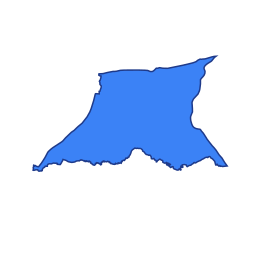 outline of Na Tan, Ubon Ratchathani, Thailand, rotated 347°
{"feature_id": "78962969B76550243021032", "entity_name": "Na Tan", "entity_type": "district", "adm_level": 2, "iso_a3": "THA", "parent_name": "Thailand", "parent_adm1": "Ubon Ratchathani", "projection": "orthographic", "projection_center": [105.251, 15.929], "detail": "fine", "context": "isolated", "style": "filled", "palette": "blue", "viewbox_px": 256, "rotation_deg": 347, "n_neighbors": 0, "source": "geoboundaries", "source_scale": "gbopen_adm2", "svg_char_len": 5850}
<svg xmlns="http://www.w3.org/2000/svg" viewBox="0 0 256 256"><g transform="rotate(347 128 128)"><path d="M122.1,156.6L122.5,156.4L122.8,155.6L123.7,154.9L124.2,154.4L125.1,153.1L126.2,151.2L127.3,150.3L130.2,149.1L131.5,149.8L132.6,149.8L133.6,150.3L135.4,150.7L135.9,151.0L137.0,152.3L137.1,152.6L137.1,153.8L138.0,154.6L138.6,155.6L139.0,156.7L139.8,157.9L141.3,158.6L142.1,159.3L143.1,159.3L143.4,159.5L144.1,161.1L143.9,163.1L144.3,163.4L144.8,163.6L146.0,163.5L146.3,163.5L146.8,165.2L147.6,165.5L147.9,165.9L148.0,167.4L148.5,167.4L149.5,166.4L150.8,166.0L151.4,165.6L151.9,165.5L152.3,165.7L153.2,166.8L154.4,167.5L154.5,168.2L154.2,169.0L154.5,169.5L156.0,170.6L156.7,170.6L157.5,170.2L157.9,170.3L158.1,170.5L158.3,170.8L158.2,171.1L157.4,172.0L157.4,172.4L157.6,172.8L157.9,173.0L158.2,172.9L159.0,171.9L159.6,171.5L159.9,171.7L160.1,172.2L160.9,172.8L161.1,173.0L160.9,173.2L160.6,173.4L159.4,173.4L159.1,173.5L159.0,174.0L159.8,174.4L160.1,175.4L160.7,176.1L162.1,175.7L162.8,175.7L163.1,175.8L163.3,176.2L163.1,176.9L163.2,177.4L163.5,178.0L163.8,178.3L165.1,179.1L166.0,179.8L167.3,180.3L167.9,180.0L168.3,179.5L168.8,179.4L169.2,179.7L169.5,180.7L169.8,180.8L170.0,180.8L170.2,180.6L170.3,180.2L170.0,179.4L169.9,179.0L170.6,178.3L170.9,177.1L171.3,177.0L171.6,177.3L171.7,177.7L171.5,178.4L171.6,178.5L172.4,178.6L172.7,178.4L172.5,176.4L172.6,176.1L174.7,176.3L176.3,177.0L176.5,177.3L176.5,178.1L176.9,178.9L177.1,179.0L179.0,178.3L180.9,178.4L181.8,177.8L183.3,177.4L184.5,176.5L184.8,176.5L185.3,177.1L186.1,177.2L188.0,176.5L190.1,176.1L191.3,176.0L192.8,175.3L194.8,174.9L195.7,174.5L196.8,174.2L198.4,174.2L198.9,174.7L199.2,174.7L200.1,174.1L200.8,174.1L201.3,174.3L201.6,174.6L202.1,176.0L202.5,176.4L203.0,176.6L203.5,177.3L204.9,179.8L205.0,180.2L205.1,183.2L205.3,183.9L205.7,183.9L206.4,183.4L206.7,183.4L206.9,183.5L206.9,184.3L207.3,184.6L208.0,185.6L208.9,185.2L209.1,185.3L209.1,185.9L209.3,186.1L210.4,186.2L211.5,186.8L216.1,187.3L214.4,183.3L212.8,178.4L210.7,174.6L208.7,169.2L207.3,166.4L206.0,164.2L203.7,159.3L202.4,156.4L202.2,155.6L200.2,150.0L198.8,147.4L198.4,146.2L198.1,145.7L197.8,145.4L195.9,144.7L193.9,143.7L192.4,142.4L191.5,140.9L191.0,138.6L190.9,136.8L190.8,135.3L190.9,134.0L191.2,132.1L191.7,130.7L193.9,127.5L194.4,126.9L195.1,123.7L195.7,120.1L196.0,118.0L196.2,117.4L196.8,116.4L197.7,115.2L198.5,114.3L203.8,110.7L205.9,107.9L206.7,106.3L208.5,101.4L209.5,97.2L210.6,96.2L212.5,94.9L213.9,93.8L215.1,92.2L215.7,90.5L215.8,89.9L215.5,87.9L215.5,86.7L216.0,85.8L217.0,84.7L218.7,83.7L220.6,82.9L223.9,81.8L224.8,81.3L228.1,78.7L229.9,77.9L228.0,77.6L225.7,77.6L219.2,78.0L217.7,77.9L216.1,77.6L215.2,77.6L213.7,77.1L211.2,77.7L210.5,78.0L209.8,78.5L209.0,78.7L207.7,78.9L205.9,79.1L200.7,79.2L195.3,79.2L180.1,78.8L175.4,77.6L172.5,76.4L172.0,76.3L170.5,76.5L169.0,76.1L166.5,77.7L165.6,78.1L164.6,78.4L164.2,78.4L162.4,78.0L160.2,76.4L157.7,75.6L150.8,73.8L137.5,70.8L133.5,70.1L129.4,70.1L127.3,69.8L126.0,69.5L120.3,69.3L116.2,69.4L114.7,69.2L111.9,68.7L111.6,69.4L111.5,70.1L112.0,70.4L112.5,71.0L113.4,71.2L113.4,71.4L112.9,72.9L111.5,75.4L111.1,75.4L110.6,76.1L110.8,76.8L110.8,78.2L110.5,78.7L110.5,79.1L110.8,79.9L111.3,80.7L111.3,81.1L111.2,81.7L110.7,83.0L109.9,84.1L109.0,85.8L108.1,85.8L107.9,87.3L107.6,88.3L104.7,87.4L104.1,87.3L103.8,87.5L100.6,93.8L96.5,100.8L94.5,103.7L90.7,107.9L84.4,113.0L80.0,115.2L77.9,116.4L75.0,118.2L71.9,119.4L65.0,123.5L61.7,125.9L60.3,126.6L50.5,130.2L48.1,131.3L45.3,132.9L44.4,133.6L40.6,138.0L37.8,140.8L35.7,142.8L32.2,145.6L31.6,145.5L30.1,144.7L29.2,143.7L28.8,143.7L28.0,143.2L28.0,143.4L27.7,143.4L27.8,143.8L27.6,144.1L27.7,144.3L27.2,144.5L26.8,145.0L26.7,145.5L26.8,146.0L26.7,146.4L26.4,146.7L26.3,147.5L26.1,147.8L26.8,148.1L28.7,148.0L30.6,148.4L30.8,149.2L31.3,149.9L32.4,150.2L32.9,150.1L34.1,150.4L34.3,150.0L34.9,150.1L35.4,148.8L36.4,147.9L37.4,147.5L37.8,147.6L38.7,146.6L40.8,147.1L41.2,146.0L41.7,145.4L43.1,145.1L45.3,145.7L47.5,145.4L49.2,146.0L50.1,146.1L51.1,146.6L50.8,147.3L51.0,147.5L53.7,148.4L54.0,148.3L54.4,147.7L55.3,147.0L56.0,146.0L56.8,145.3L57.6,144.0L60.3,145.6L62.2,147.4L65.0,148.7L65.6,148.9L68.1,149.1L69.1,149.0L70.1,148.6L71.6,148.7L72.0,148.8L72.4,148.8L73.2,149.1L74.0,148.7L74.4,148.7L74.6,148.5L75.0,148.7L75.5,148.6L75.9,149.0L76.6,149.2L77.4,150.1L78.1,150.3L78.5,150.8L78.6,150.7L78.6,150.3L79.0,150.5L78.9,150.8L79.4,151.2L79.7,151.2L79.9,150.8L80.1,150.7L80.3,151.0L80.7,151.1L80.8,151.3L81.3,151.4L81.6,151.9L82.1,152.1L82.3,152.1L82.6,151.5L82.8,151.5L83.2,151.9L83.2,152.1L83.5,152.3L83.6,152.8L83.9,153.0L83.7,153.3L83.7,153.7L84.3,154.3L84.6,154.4L84.7,154.8L85.0,155.0L85.1,155.3L85.5,155.6L85.5,155.8L85.8,155.9L85.9,156.2L86.9,156.7L87.9,156.3L88.2,156.0L88.4,155.7L88.2,155.4L88.3,155.2L89.1,155.4L89.5,154.9L89.8,155.3L90.1,155.3L90.4,155.0L90.6,155.0L90.9,155.1L91.3,155.9L92.1,156.1L92.2,156.5L92.7,157.0L93.0,157.7L93.2,157.8L93.8,157.5L94.1,157.2L94.1,156.8L94.0,156.7L93.7,156.7L93.6,156.4L93.8,156.0L94.3,155.6L94.8,155.7L95.1,155.4L95.4,155.4L95.4,155.0L95.6,154.9L95.9,155.0L96.3,154.8L96.4,155.0L97.0,154.8L97.0,155.5L97.5,155.7L97.9,155.5L98.2,155.6L98.7,155.7L99.3,156.1L100.7,155.9L100.8,156.2L101.2,156.4L101.9,156.4L102.4,156.9L102.1,157.5L102.9,157.9L103.2,158.8L103.6,158.9L103.9,158.8L104.4,159.4L105.1,159.7L105.4,160.0L106.1,160.1L106.7,160.4L107.0,160.2L107.6,160.4L107.8,160.3L108.0,159.7L109.1,160.4L109.6,160.5L110.2,160.6L110.4,160.5L110.6,160.1L110.6,159.8L111.2,159.9L111.9,160.5L112.5,160.3L112.8,160.5L113.3,160.5L113.5,160.7L113.8,160.2L113.8,159.5L114.2,159.2L114.7,159.3L114.7,158.9L114.8,158.7L115.6,158.7L116.0,158.4L116.7,158.5L117.3,158.8L117.5,158.6L117.5,158.2L118.0,158.1L118.7,157.6L118.9,157.0L119.4,157.2L120.1,157.0L120.6,157.3L121.0,157.1L121.4,156.5L121.7,156.5L122.1,156.6Z" fill="#3b82f6" stroke="#1e3a8a" stroke-width="1.5"/></g></svg>